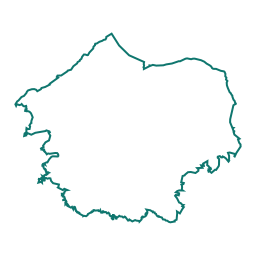 Jenin, West Bank, Palestine
{"feature_id": "87354302B37411468451868", "entity_name": "Jenin", "entity_type": "district", "adm_level": 2, "iso_a3": "PSE", "parent_name": "Palestine", "parent_adm1": "West Bank", "projection": "mercator", "projection_center": [35.215, 32.426], "detail": "fine", "context": "isolated", "style": "outline", "palette": "teal", "viewbox_px": 256, "rotation_deg": 0, "n_neighbors": 0, "source": "geoboundaries", "source_scale": "gbopen_adm2", "svg_char_len": 5777}
<svg xmlns="http://www.w3.org/2000/svg" viewBox="0 0 256 256"><path d="M65.4,203.9L65.4,204.4L66.6,203.3L67.0,203.5L67.8,204.6L67.0,204.5L66.8,204.9L67.4,205.9L70.9,207.6L72.0,206.8L73.2,209.1L73.6,207.4L74.2,206.8L74.9,207.1L74.8,208.3L75.5,209.9L75.7,209.5L76.1,210.8L76.8,211.9L77.1,211.6L77.6,212.0L77.4,212.5L78.2,212.9L78.6,213.0L78.8,212.5L79.4,212.8L79.4,213.7L83.3,215.8L83.3,216.1L83.9,215.8L86.1,216.2L87.6,215.1L87.9,214.1L90.2,212.8L91.1,212.6L91.3,212.0L92.1,212.1L92.4,211.8L91.8,211.8L91.9,211.4L93.3,211.2L93.5,210.1L94.4,210.1L95.2,210.6L98.1,210.3L98.1,210.7L99.1,211.2L99.9,211.2L100.3,210.3L101.2,212.7L102.3,212.7L102.6,211.9L103.0,212.4L103.5,212.3L103.7,211.6L104.6,212.2L105.8,212.0L106.7,212.6L106.8,213.3L108.1,213.4L108.6,212.8L109.5,213.8L109.8,214.8L110.0,214.6L109.7,215.3L110.6,216.3L111.9,216.0L111.9,216.6L112.6,217.2L111.8,218.4L112.6,219.3L113.3,219.2L113.5,217.6L113.0,217.6L113.0,215.0L113.8,215.0L115.4,216.8L115.8,218.5L116.3,218.6L116.3,217.0L117.3,217.5L119.3,215.8L120.2,216.4L122.3,216.6L123.2,217.5L123.9,217.4L124.7,216.6L125.3,216.9L128.1,220.6L129.0,220.4L129.4,219.5L132.3,221.4L135.1,220.1L136.3,220.6L139.4,221.0L139.5,221.6L141.6,219.4L141.5,217.6L142.0,217.0L142.3,217.6L143.0,217.5L143.2,217.1L143.1,216.7L144.6,216.8L146.0,215.7L145.4,214.4L145.7,213.5L146.1,213.1L146.9,213.9L147.4,212.8L147.2,210.7L146.5,209.6L150.4,210.3L151.8,211.3L152.8,211.4L152.9,212.3L154.6,212.4L154.9,213.4L156.0,213.9L156.6,215.3L157.5,216.3L158.4,216.7L158.8,216.2L159.6,216.9L161.9,217.5L162.9,219.4L164.9,219.6L165.7,220.5L167.3,220.7L168.7,221.8L170.3,222.3L174.7,221.5L174.6,220.6L176.6,219.7L177.2,213.2L177.0,211.5L179.9,213.4L182.2,209.3L183.8,207.1L182.3,206.3L183.5,205.0L182.3,204.8L180.7,203.1L179.1,202.5L177.1,198.4L175.1,195.8L175.7,195.0L178.7,195.3L178.6,193.9L179.1,193.9L179.1,193.3L175.9,192.3L177.2,191.1L179.2,190.4L182.8,190.5L181.8,189.8L182.1,187.3L181.9,185.3L181.5,184.7L183.4,184.1L183.8,183.0L181.2,182.3L182.6,176.0L184.6,175.4L185.1,174.6L188.0,172.2L190.8,172.0L195.5,173.0L198.3,170.9L198.5,169.5L197.2,168.1L202.5,167.8L201.1,165.3L203.3,165.4L203.2,165.9L203.9,165.9L203.8,165.1L203.1,164.3L203.1,163.6L207.4,161.1L207.2,165.2L208.8,166.4L209.6,168.3L210.5,167.9L211.0,169.0L210.2,169.8L209.6,169.4L208.5,169.4L208.6,170.0L208.2,170.4L208.6,171.6L209.4,171.2L211.5,172.8L215.1,169.7L216.1,169.9L218.7,166.1L219.0,164.8L219.1,159.1L217.7,157.7L217.8,156.7L219.8,156.1L221.3,157.4L222.4,157.3L222.7,156.5L224.1,157.1L226.0,158.5L228.5,161.6L229.0,160.9L228.3,160.6L229.1,159.2L229.1,155.8L228.0,152.8L229.7,152.5L234.7,153.9L235.0,154.4L234.4,156.3L234.7,156.5L236.4,152.9L240.6,146.6L240.5,144.4L239.2,142.8L238.0,139.4L239.5,138.7L234.4,134.6L233.6,132.1L234.2,131.8L234.3,131.2L233.4,130.6L232.7,128.7L233.5,127.9L232.3,127.7L230.1,122.3L230.2,119.2L233.4,105.3L234.8,104.3L235.6,104.1L235.8,103.5L235.1,102.6L234.6,100.9L233.5,99.7L232.4,96.7L232.3,95.5L231.5,94.7L230.7,93.1L229.7,92.3L227.8,87.9L226.9,85.3L226.7,82.5L227.4,81.0L226.0,79.5L226.4,77.7L225.3,76.3L225.4,73.8L224.5,71.8L224.0,71.4L220.8,70.8L216.1,68.9L213.2,68.8L212.1,68.1L211.2,66.5L209.8,65.4L206.6,63.6L204.3,61.7L201.0,60.2L194.9,58.7L192.9,58.7L191.1,59.2L187.1,58.4L185.5,58.7L180.0,61.3L178.8,61.2L172.0,63.5L166.3,64.4L163.3,65.3L156.3,65.6L152.8,64.9L150.2,65.9L150.2,65.5L149.5,65.4L149.5,66.0L149.8,66.0L143.9,69.0L143.9,67.7L143.5,67.2L143.9,66.4L144.1,65.2L143.7,64.2L144.1,62.0L129.1,55.3L119.1,45.5L111.6,33.7L106.3,36.9L106.2,38.2L105.5,39.5L103.6,39.9L102.3,40.8L99.4,41.8L96.6,43.6L95.3,43.7L95.0,44.2L95.0,45.2L93.5,46.7L93.2,48.5L89.4,52.5L88.0,55.0L87.3,55.2L85.1,54.5L83.9,54.5L82.1,56.8L81.4,58.8L79.9,60.0L79.7,60.9L77.6,62.1L77.1,63.4L73.4,66.2L71.1,69.7L67.7,70.6L67.4,71.3L61.2,75.5L57.5,75.6L56.8,76.9L58.1,77.7L49.9,83.6L49.1,84.6L49.4,84.8L45.1,87.0L41.5,88.0L40.9,89.2L37.3,91.2L36.2,89.8L34.3,89.1L31.9,89.2L28.1,90.4L26.9,91.7L26.4,93.0L24.0,95.9L21.5,97.0L18.5,100.5L17.2,101.4L15.4,104.3L16.1,105.8L16.8,104.2L19.4,105.1L21.4,104.5L21.7,104.1L23.4,106.1L24.4,106.4L26.1,105.9L26.3,106.5L26.2,107.7L26.7,109.0L25.9,110.0L25.4,109.7L25.1,110.9L26.8,111.3L27.7,111.1L29.6,111.8L31.0,113.3L32.7,117.3L31.5,120.6L31.2,122.5L31.4,122.9L30.8,123.3L29.4,125.5L30.1,126.4L29.6,129.0L28.0,129.1L26.5,128.1L26.3,129.8L26.5,131.3L25.9,132.5L24.6,133.5L24.2,136.0L25.9,135.5L25.6,135.0L26.7,134.4L26.3,133.2L26.8,132.8L31.3,134.7L35.3,132.8L45.7,131.0L46.3,130.4L49.4,131.4L49.8,132.2L48.6,132.8L50.3,135.7L49.0,140.4L45.5,142.3L43.1,145.7L43.6,147.0L41.0,148.5L41.3,149.2L41.9,148.9L41.8,149.4L42.7,149.1L43.0,149.8L44.0,149.5L44.2,149.9L43.6,150.5L44.7,151.8L45.0,151.7L46.8,154.3L47.7,153.6L48.5,153.5L49.6,153.8L55.2,153.0L57.2,153.1L58.0,154.1L58.3,155.0L58.3,155.9L57.8,156.5L52.8,156.3L51.4,156.8L49.2,159.3L47.4,162.4L46.6,162.3L44.4,163.4L44.8,164.3L43.8,163.6L43.0,163.9L42.4,164.9L42.4,165.8L43.5,165.9L43.5,167.5L44.6,169.3L45.2,169.0L45.8,169.7L45.8,171.1L46.5,171.5L46.7,172.3L46.3,172.3L46.2,172.7L46.8,173.0L48.2,172.3L48.9,172.7L47.7,173.2L47.5,174.0L46.7,174.0L46.4,174.9L45.3,174.9L44.3,175.3L43.7,176.2L44.0,176.7L43.8,176.9L42.5,176.1L43.5,178.2L42.3,177.4L41.9,178.1L41.4,177.9L41.2,178.1L41.5,178.4L40.9,179.0L38.9,178.9L38.8,179.4L39.4,179.7L38.4,182.6L40.5,182.0L41.6,182.2L42.0,182.6L41.8,179.9L42.7,179.8L43.2,180.5L44.5,180.5L44.9,178.4L45.9,177.9L47.4,178.7L49.1,178.2L50.4,178.4L51.1,180.9L53.1,183.2L58.9,184.5L58.4,187.0L57.9,187.5L58.6,187.9L62.9,190.1L64.3,188.8L67.4,190.1L65.6,190.4L64.4,192.1L64.4,192.8L63.4,193.4L63.5,194.1L61.8,193.8L61.8,194.1L62.2,194.5L61.9,195.5L63.2,195.9L63.0,196.6L64.4,197.0L65.1,199.2L63.8,199.4L63.2,199.8L63.2,200.1L65.0,199.9L65.3,200.6L66.0,200.7L66.4,201.6L65.3,202.8L65.6,203.8L65.4,203.9Z" fill="none" stroke="#0f766e" stroke-width="2"/></svg>